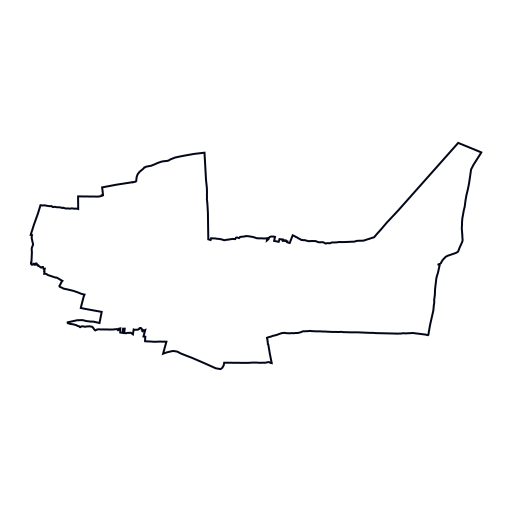 the district of Grecesti, Dolj, Romania
{"feature_id": "2599482B64081840241941", "entity_name": "Grecesti", "entity_type": "district", "adm_level": 2, "iso_a3": "ROU", "parent_name": "Romania", "parent_adm1": "Dolj", "projection": "orthographic", "projection_center": [23.262, 44.454], "detail": "fine", "context": "isolated", "style": "outline", "palette": "ink", "viewbox_px": 512, "rotation_deg": 0, "n_neighbors": 0, "source": "geoboundaries", "source_scale": "gbopen_adm2", "svg_char_len": 5932}
<svg xmlns="http://www.w3.org/2000/svg" viewBox="0 0 512 512"><path d="M265.6,362.7L268.1,362.1L269.3,362.2L270.5,362.9L271.7,363.1L269.9,354.1L268.3,344.6L267.9,344.2L267.6,340.9L267.0,337.8L268.8,337.1L270.3,336.8L273.3,335.7L274.1,335.6L276.8,334.9L278.6,334.2L279.5,333.9L280.3,333.6L281.9,333.1L282.5,333.0L283.3,333.0L284.3,332.8L286.8,333.2L289.5,333.3L292.2,333.1L292.9,333.2L294.0,333.2L295.4,333.0L297.7,333.0L300.3,332.4L303.0,331.3L307.1,331.2L310.6,330.9L311.4,331.1L315.4,331.3L319.8,331.3L322.3,331.5L323.8,331.5L331.6,331.9L339.5,332.0L340.4,331.9L341.9,331.9L343.0,332.1L349.4,332.3L357.0,332.3L370.6,332.9L373.5,332.9L374.2,333.0L375.8,333.1L392.9,333.5L395.9,333.6L396.3,333.5L397.2,333.7L400.1,333.5L401.0,333.6L401.7,333.4L403.4,333.2L405.5,333.4L413.0,333.0L415.9,333.4L419.4,333.8L424.8,334.5L425.7,334.6L427.4,335.1L428.0,335.1L428.4,334.7L428.9,331.5L430.2,324.3L433.3,310.7L433.9,304.6L434.1,303.8L434.3,301.3L434.1,300.7L434.9,294.3L434.9,293.0L435.1,288.9L435.9,282.1L436.3,278.6L436.9,276.1L437.7,273.6L438.3,271.3L439.1,267.4L439.6,265.8L439.6,265.5L439.5,265.3L438.4,264.6L438.4,264.4L438.5,264.3L440.2,263.8L440.9,263.2L441.7,261.5L443.0,259.6L445.7,256.8L447.6,255.8L449.0,255.3L455.5,253.1L457.8,251.9L458.5,250.6L459.5,247.9L461.9,242.6L462.5,241.0L462.6,239.5L462.4,237.7L462.3,235.0L461.8,228.4L461.8,227.7L462.0,225.3L462.0,223.0L462.3,218.6L463.8,210.3L464.7,206.7L465.5,200.5L466.4,195.4L468.0,188.7L469.1,183.1L471.1,169.4L473.6,164.6L481.0,153.0L481.3,152.4L458.2,142.9L397.9,210.8L386.7,222.7L381.2,229.2L376.7,234.2L374.2,237.2L363.3,240.7L361.8,240.7L357.4,240.8L356.4,241.0L354.2,241.7L352.6,241.7L343.2,242.1L339.0,242.0L336.5,242.4L331.7,242.5L329.9,243.3L328.0,243.1L327.3,243.1L325.9,243.5L325.5,243.5L323.9,242.6L322.9,242.2L321.6,242.2L320.1,242.3L318.4,242.2L315.6,241.1L312.0,241.0L308.6,241.2L304.5,240.1L303.2,240.2L302.3,239.9L301.5,240.0L301.2,239.9L299.9,239.0L298.4,238.4L297.8,237.9L296.8,237.3L295.8,236.9L294.7,236.2L292.7,235.3L289.7,243.0L288.2,242.6L287.0,242.1L287.2,241.3L285.4,241.0L285.6,240.4L283.8,240.2L283.7,240.8L283.1,240.9L283.1,240.5L282.6,240.4L282.8,239.5L279.5,239.1L278.7,241.8L274.1,240.9L275.0,236.9L272.9,236.5L271.5,236.5L270.5,236.7L269.8,237.0L269.4,237.3L269.1,237.6L268.5,239.1L268.0,239.6L266.9,240.5L267.2,238.2L265.8,238.4L263.4,238.5L262.4,238.3L257.9,238.3L256.7,238.2L254.7,237.5L252.9,237.0L251.3,236.7L248.3,236.2L247.6,236.2L246.1,236.0L245.1,236.4L244.5,236.5L244.3,236.4L242.7,236.7L240.2,236.9L239.0,238.1L237.0,237.5L236.4,237.5L236.0,237.7L235.6,238.3L235.2,239.1L232.5,238.9L230.1,239.3L228.6,239.6L227.8,239.6L225.0,240.1L224.0,240.2L222.1,239.5L219.1,238.9L217.2,238.8L215.0,238.4L212.6,238.4L211.2,238.2L210.6,240.0L208.3,239.3L207.9,212.3L207.3,202.7L206.9,199.3L207.0,197.0L206.9,195.4L207.0,193.1L206.9,188.4L206.0,179.6L204.5,152.7L194.2,153.9L185.1,155.5L178.9,156.7L174.9,157.6L171.4,159.0L169.6,159.8L169.1,160.3L168.3,160.6L167.1,160.9L163.3,161.3L161.6,161.6L157.6,163.0L154.5,164.4L151.3,165.7L146.1,166.7L145.1,167.3L144.4,167.4L143.7,168.3L143.0,169.0L142.1,169.7L139.7,171.7L137.9,173.9L137.5,174.7L136.7,176.8L136.2,181.0L135.9,181.4L135.7,181.6L133.4,182.1L132.9,182.4L132.5,182.1L131.3,182.4L116.4,184.7L102.1,187.4L102.6,191.1L103.0,195.2L101.7,195.3L101.7,195.9L100.5,196.2L98.3,196.6L78.1,196.4L78.1,199.4L78.2,209.0L76.4,208.6L74.5,208.7L73.1,208.5L71.9,208.4L70.6,208.5L70.0,208.7L67.6,208.4L66.5,208.6L64.8,208.2L64.1,208.1L63.3,207.7L62.4,208.0L61.2,207.6L58.7,207.2L58.0,207.3L56.5,207.2L54.9,206.8L52.9,207.1L52.6,207.0L52.0,206.4L51.5,206.1L50.1,206.2L47.9,206.0L46.1,205.6L44.3,205.3L42.5,205.5L40.5,205.2L37.9,213.6L33.9,224.8L30.7,234.9L32.0,235.1L31.8,236.0L31.7,238.2L33.1,244.5L31.8,247.9L31.7,249.4L31.9,252.4L31.5,261.0L31.4,262.3L31.0,262.4L31.0,263.5L31.3,264.3L31.5,264.5L32.0,264.8L32.8,264.4L33.4,263.8L33.7,263.7L34.0,263.8L34.2,264.5L34.3,264.7L34.8,264.8L35.2,264.7L35.2,263.9L35.4,263.7L36.1,263.4L36.6,263.5L36.8,263.9L37.1,264.8L37.3,265.1L37.9,265.1L38.2,265.2L38.2,265.8L38.3,266.0L38.7,266.0L39.4,266.4L40.4,267.1L40.8,267.4L41.2,267.6L41.6,267.5L42.1,267.0L43.1,267.1L43.4,267.9L43.6,269.0L44.0,269.2L44.7,269.0L44.1,271.2L44.5,271.4L44.2,273.8L45.3,273.7L46.3,274.0L47.1,274.5L47.5,274.8L48.1,275.1L55.3,277.5L56.1,277.5L57.2,277.8L60.1,279.6L62.4,280.9L61.4,282.1L60.7,283.7L59.4,286.0L59.5,286.4L59.8,286.8L62.3,287.9L63.5,288.6L67.8,289.5L73.5,290.9L77.6,292.3L80.8,293.6L82.3,294.1L84.5,294.6L83.6,296.9L81.2,306.2L80.8,308.0L85.3,308.9L101.7,311.9L99.5,323.0L93.3,321.6L91.0,321.6L86.6,321.1L82.5,320.1L78.7,320.2L77.4,320.2L67.7,322.3L67.6,322.7L67.7,323.0L68.2,323.3L70.3,323.9L73.0,324.3L75.1,324.8L76.7,325.4L77.3,325.7L77.7,326.0L78.7,326.1L79.2,326.4L79.9,327.1L80.4,327.1L81.0,326.6L82.1,326.3L84.0,326.5L85.1,326.8L86.4,326.5L88.0,326.4L89.1,326.3L90.0,326.4L91.8,326.7L92.4,327.0L92.7,327.4L93.3,328.0L94.5,329.8L95.1,330.3L95.4,330.4L97.1,329.5L98.6,329.3L100.3,329.4L101.4,329.5L103.4,329.4L105.3,329.5L106.6,329.4L107.4,329.5L109.7,329.5L110.9,329.5L113.1,329.5L116.6,329.1L117.3,329.4L118.0,330.2L118.3,330.1L118.5,328.8L120.3,328.4L120.2,332.5L122.8,332.9L123.1,328.7L124.7,328.7L124.3,332.1L123.9,333.0L125.1,333.2L126.3,333.2L127.2,332.9L130.9,332.8L132.9,334.3L133.1,332.9L133.7,329.5L134.4,329.8L137.3,329.7L138.3,329.5L139.0,329.1L139.4,328.3L140.1,328.0L140.8,328.0L141.4,328.5L141.7,329.5L142.3,329.5L142.5,329.7L142.6,330.1L142.4,331.2L142.6,331.3L142.7,331.0L142.8,330.2L143.0,330.0L143.6,330.3L144.3,330.4L145.2,330.0L143.5,336.5L145.3,336.7L145.0,341.2L145.1,341.3L150.0,341.5L154.6,341.8L159.3,341.6L166.4,341.7L163.1,353.7L165.5,352.8L167.9,352.1L172.7,351.0L174.3,351.1L177.1,351.6L177.9,351.9L179.3,352.7L180.6,353.4L187.4,356.1L191.4,357.6L203.5,362.8L215.8,368.3L220.6,369.1L222.3,367.8L223.4,365.9L223.9,364.6L224.2,362.7L247.9,362.9L252.4,362.6L256.9,362.6L259.1,362.8L265.6,362.7Z" fill="none" stroke="#020617" stroke-width="2"/></svg>